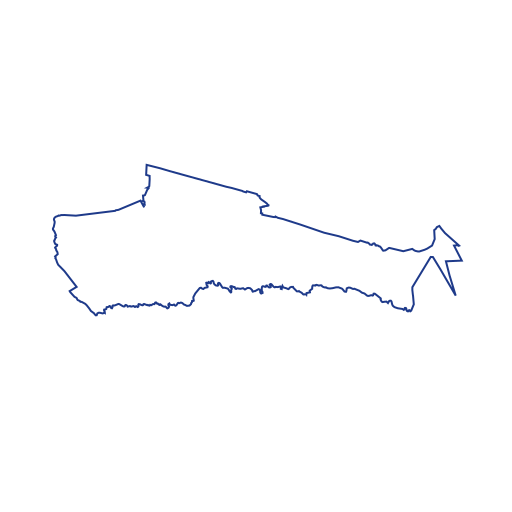 Polotitlán, México, Mexico, rotated 326°
{"feature_id": "50627088B18153626754023", "entity_name": "Polotitlán", "entity_type": "district", "adm_level": 2, "iso_a3": "MEX", "parent_name": "Mexico", "parent_adm1": "México", "projection": "equal_earth", "projection_center": [-99.828, 20.212], "detail": "fine", "context": "isolated", "style": "outline", "palette": "blue", "viewbox_px": 512, "rotation_deg": 326, "n_neighbors": 0, "source": "geoboundaries", "source_scale": "gbopen_adm2", "svg_char_len": 6116}
<svg xmlns="http://www.w3.org/2000/svg" viewBox="0 0 512 512"><g transform="rotate(326 256 256)"><path d="M399.4,400.5L405.6,380.3L410.5,366.6L424.0,374.9L426.0,358.1L428.9,359.6L429.7,360.9L430.2,361.0L425.5,342.7L424.9,336.8L424.8,333.6L422.0,333.2L420.4,334.0L418.2,334.2L413.6,341.9L407.8,345.8L402.0,345.6L399.2,345.1L394.0,343.6L392.8,342.8L391.1,341.0L390.4,339.9L389.5,337.5L380.8,334.4L371.1,323.9L370.7,323.7L366.5,323.7L364.5,322.8L364.3,322.5L364.3,318.7L364.0,317.3L363.3,316.6L363.1,315.8L362.0,314.5L361.7,314.3L361.4,314.5L361.0,314.1L361.3,313.2L361.2,311.8L360.2,311.2L358.7,311.6L358.2,311.5L358.2,311.2L356.9,310.4L356.6,308.5L356.1,307.3L355.5,307.1L351.2,301.6L348.4,301.4L344.9,297.6L335.7,285.9L325.5,274.8L310.3,254.7L299.0,240.4L295.5,236.6L294.3,234.4L294.0,234.7L293.8,234.6L292.2,233.4L284.3,225.3L285.0,224.2L284.0,223.3L285.8,220.9L286.8,218.1L289.8,219.4L289.8,219.0L290.3,219.2L293.9,221.0L294.6,221.1L294.8,220.8L294.4,220.1L294.4,218.8L293.7,216.5L291.9,211.8L291.7,209.8L291.9,209.0L292.5,208.4L291.2,206.7L291.4,205.2L284.6,197.2L283.4,197.7L281.4,195.3L281.1,194.5L273.8,185.9L270.1,182.0L231.7,137.1L225.7,129.8L216.3,119.3L210.3,127.3L212.6,130.1L210.7,133.0L206.6,138.4L205.8,138.7L203.9,138.5L204.8,139.3L204.9,139.7L202.7,140.4L198.0,143.4L197.5,143.4L196.1,142.7L193.7,147.1L192.9,147.0L193.9,148.5L193.6,149.3L193.0,149.9L192.5,151.1L191.3,150.0L190.5,153.1L191.2,145.5L167.7,140.8L165.4,139.7L164.5,139.8L129.3,121.9L120.1,114.9L117.3,113.1L115.7,112.7L114.9,112.0L114.3,112.1L112.0,111.5L110.5,111.6L109.4,112.2L108.8,112.9L108.3,114.9L107.6,115.9L104.7,118.7L103.0,119.7L102.5,120.5L102.6,122.9L101.8,126.9L100.6,127.2L100.5,128.9L99.7,128.9L98.2,130.1L97.6,130.2L97.0,130.7L96.5,132.3L96.3,133.8L97.4,135.5L96.9,136.2L94.2,136.6L94.0,137.4L94.1,138.5L93.5,139.8L93.6,141.2L93.2,142.5L92.6,143.6L89.2,144.0L89.2,145.0L88.4,145.6L88.4,146.8L87.5,150.1L87.1,152.6L88.7,161.3L90.0,181.3L81.9,180.9L81.8,182.2L82.7,188.4L83.7,190.2L83.8,190.7L83.5,192.1L83.6,192.9L84.8,194.8L84.8,195.8L85.8,196.5L87.7,200.2L88.1,202.2L88.4,206.2L88.4,209.3L89.7,212.9L89.7,214.2L90.0,215.6L90.8,216.0L92.3,214.9L93.7,215.0L94.8,215.7L96.7,217.8L97.6,218.1L98.5,218.1L98.8,218.7L99.4,217.7L99.5,216.4L100.0,215.6L100.3,215.5L100.8,216.0L102.2,216.2L103.6,214.9L104.9,215.6L105.6,215.7L106.4,215.5L106.8,215.7L106.9,218.3L107.4,218.8L108.5,218.1L109.1,217.1L109.9,217.0L110.6,217.7L111.7,218.1L115.1,218.8L115.8,219.5L117.5,223.1L118.3,224.1L119.1,224.3L119.9,223.7L120.5,223.7L121.1,224.3L121.4,225.2L121.3,226.2L123.5,227.0L123.7,227.6L124.1,227.8L124.5,228.3L126.3,228.9L126.7,229.3L126.9,230.3L127.3,230.6L127.7,230.4L128.7,230.7L129.3,232.1L129.9,232.2L130.5,231.9L131.4,230.4L131.9,230.3L132.9,231.3L133.6,232.6L134.5,233.5L135.1,233.5L135.8,233.0L136.4,233.2L138.1,235.6L138.5,236.1L139.0,236.1L139.7,237.5L140.2,237.6L140.9,237.3L141.6,238.2L143.8,238.3L144.9,239.1L146.3,238.3L147.1,238.5L147.3,239.1L147.2,239.9L147.5,240.4L148.0,240.5L148.5,242.5L148.8,242.7L149.3,242.3L149.7,242.5L150.4,244.9L151.0,246.0L151.7,246.8L152.4,247.1L152.8,247.6L153.1,249.7L153.3,249.9L154.4,250.0L155.6,249.4L155.7,248.3L155.9,247.6L156.6,246.9L157.6,246.9L157.4,247.9L157.9,248.8L159.4,250.1L160.9,250.4L161.1,251.7L161.6,252.3L162.8,252.2L164.9,251.3L165.4,251.4L165.7,251.9L166.2,252.3L167.5,252.5L167.8,252.7L168.6,253.8L169.2,256.1L170.1,257.2L170.6,258.4L171.0,258.8L173.1,259.9L175.1,259.6L176.1,258.7L176.9,258.6L177.9,257.5L179.2,258.3L179.5,258.1L180.6,255.7L181.2,255.0L184.7,253.1L191.4,251.1L192.6,251.5L193.2,253.1L193.9,253.9L195.6,253.7L198.3,254.8L199.0,254.1L198.9,252.3L199.8,250.4L200.2,250.5L201.1,251.7L201.9,251.1L202.3,251.1L202.7,253.0L203.0,253.4L203.3,253.4L204.4,252.0L205.8,252.2L206.3,252.5L206.4,253.5L205.8,254.8L205.7,256.3L206.3,258.0L207.6,259.2L208.3,259.2L208.6,258.8L208.9,257.8L209.3,257.4L210.0,257.4L210.5,257.9L210.7,258.7L210.5,262.8L210.7,263.8L212.3,264.8L214.4,267.3L214.5,268.5L214.4,270.5L214.7,272.1L215.1,272.2L215.5,271.9L216.1,270.5L217.0,270.1L217.7,269.4L217.4,267.3L217.9,266.9L218.5,267.0L219.6,268.2L220.0,269.2L220.9,269.8L220.6,271.6L221.1,272.2L222.2,272.2L224.6,274.4L227.3,275.5L228.1,277.6L230.9,277.7L232.1,278.4L233.2,279.6L233.7,282.0L233.3,283.4L233.4,283.8L234.8,284.1L235.6,284.6L239.6,284.9L240.3,285.9L240.0,287.3L239.2,288.4L239.1,289.5L239.3,290.0L240.8,290.3L241.3,289.4L241.4,288.0L242.7,286.0L243.7,285.0L244.2,284.8L244.8,284.9L245.6,285.7L246.3,286.7L246.9,287.0L247.9,286.3L248.5,286.5L249.1,289.1L249.9,289.9L250.9,290.0L251.2,289.4L251.4,287.4L252.3,287.3L253.0,288.0L253.4,291.4L254.1,292.5L255.1,292.6L256.0,293.5L257.0,294.1L259.0,294.8L258.9,296.1L258.2,297.1L258.8,297.8L260.4,296.0L261.2,295.5L261.0,297.2L263.1,299.7L264.2,301.5L265.2,301.6L266.2,301.1L267.8,301.3L269.4,302.3L269.2,303.2L270.1,308.1L271.4,309.1L272.0,309.1L272.3,310.1L273.3,312.0L273.7,314.2L273.9,314.5L274.7,314.8L275.0,315.2L275.7,315.6L276.3,315.6L276.3,316.0L277.2,315.0L280.4,316.3L281.1,314.8L284.2,314.6L285.4,313.0L286.3,312.3L286.8,312.2L288.7,313.7L289.0,313.4L290.1,313.8L291.5,315.6L293.5,316.6L293.9,317.1L293.9,318.1L294.3,319.0L294.8,319.8L295.8,320.9L296.2,320.9L296.7,321.4L296.9,322.1L297.5,322.9L299.0,324.2L301.5,325.5L304.7,326.7L306.8,328.0L309.0,331.1L309.2,331.8L309.5,334.9L309.9,335.4L310.6,336.0L311.4,335.5L313.1,333.6L313.7,333.6L315.2,334.0L316.4,335.0L317.8,337.3L318.5,337.9L319.2,338.1L322.3,342.7L323.3,345.6L325.0,347.8L325.9,350.9L326.5,351.7L327.3,352.2L329.6,352.9L330.5,354.0L331.1,354.1L332.4,353.0L333.0,353.3L333.5,353.9L335.7,360.9L335.4,361.5L334.9,361.8L334.7,363.2L334.8,364.4L335.2,365.0L337.0,365.8L338.7,366.8L339.1,368.8L341.2,367.8L342.2,368.0L342.8,368.5L342.9,369.4L341.8,372.4L341.6,373.7L342.2,375.8L344.3,378.6L347.8,381.8L348.4,383.3L349.2,383.2L350.1,382.4L350.4,382.3L351.1,382.8L351.2,383.2L351.1,383.8L350.4,385.1L350.5,386.2L351.0,386.9L351.3,387.0L352.0,386.4L352.8,386.6L353.0,386.9L353.0,388.1L354.1,388.1L359.8,384.3L364.0,376.7L364.4,375.8L366.6,371.6L368.2,369.3L400.3,354.5L402.1,355.8L401.4,370.6L399.4,400.5Z" fill="none" stroke="#1e3a8a" stroke-width="2"/></g></svg>